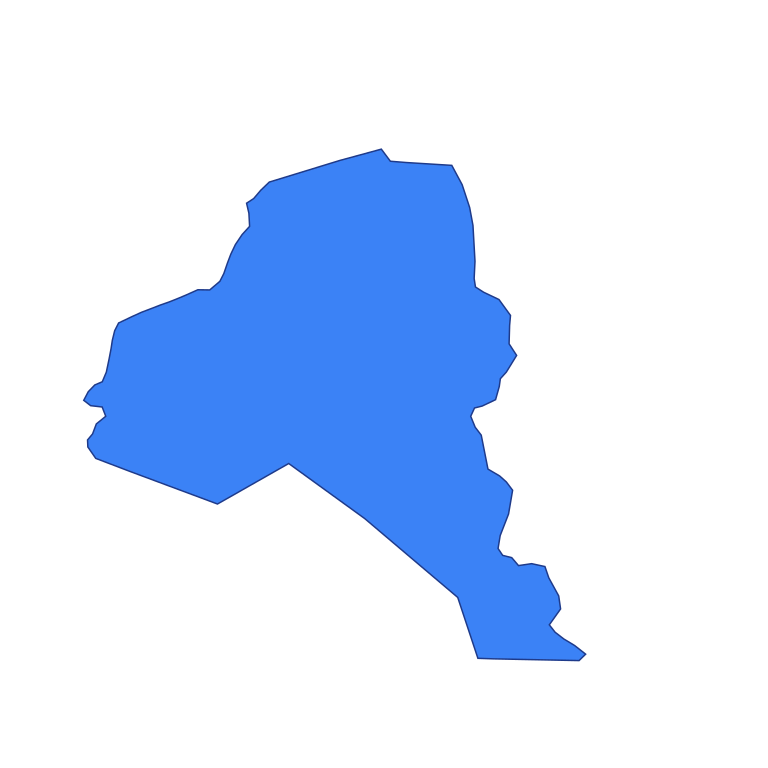 the district of Água Branca, Paraíba, Brazil, rotated 289°
{"feature_id": "56859067B36590895237409", "entity_name": "Água Branca", "entity_type": "district", "adm_level": 2, "iso_a3": "BRA", "parent_name": "Brazil", "parent_adm1": "Paraíba", "projection": "orthographic", "projection_center": [-37.665, -7.486], "detail": "fine", "context": "isolated", "style": "filled", "palette": "blue", "viewbox_px": 768, "rotation_deg": 289, "n_neighbors": 0, "source": "geoboundaries", "source_scale": "gbopen_adm2", "svg_char_len": 1311}
<svg xmlns="http://www.w3.org/2000/svg" viewBox="0 0 768 768"><g transform="rotate(289 384 384)"><path d="M597.9,393.0L612.8,376.9L600.7,333.1L596.7,317.5L605.2,305.0L581.1,269.6L537.6,209.8L527.1,204.4L516.9,200.4L510.2,195.2L501.4,200.7L489.3,205.6L479.1,201.2L467.5,198.1L457.0,196.9L447.6,196.6L436.3,196.6L427.7,195.4L416.2,188.6L412.5,177.3L403.6,167.8L396.3,159.6L391.6,154.1L386.0,147.0L378.4,138.0L372.9,131.4L365.8,123.9L355.3,113.2L346.7,112.0L336.9,112.9L328.7,114.4L318.3,115.9L304.8,117.6L294.4,116.9L289.0,110.9L280.5,106.9L270.8,105.4L268.0,113.7L270.5,125.0L262.9,131.4L252.6,125.0L241.9,124.7L234.6,121.9L228.0,124.5L219.8,135.7L218.6,172.9L216.3,265.6L277.8,319.8L266.8,355.9L250.5,409.5L206.2,523.2L155.2,562.1L159.8,577.1L186.0,658.5L194.2,662.6L198.8,649.4L201.5,636.9L205.0,626.6L210.1,618.7L228.8,624.2L240.5,618.2L254.4,602.9L263.8,595.6L262.2,582.1L256.1,570.3L261.4,561.3L260.6,552.0L265.6,545.4L278.5,543.2L301.6,544.1L325.4,540.2L331.2,531.6L334.7,523.3L337.4,510.0L367.3,492.6L372.8,484.3L381.7,476.5L390.8,477.4L395.1,484.0L405.5,494.6L419.2,493.8L426.9,492.3L435.1,495.8L454.2,500.1L462.7,489.2L480.3,483.7L490.0,481.3L501.3,465.2L503.2,448.4L505.5,438.9L513.1,434.9L529.6,430.1L562.9,416.5L578.8,407.5L597.9,393.0Z" fill="#3b82f6" stroke="#1e3a8a" stroke-width="1.5"/></g></svg>